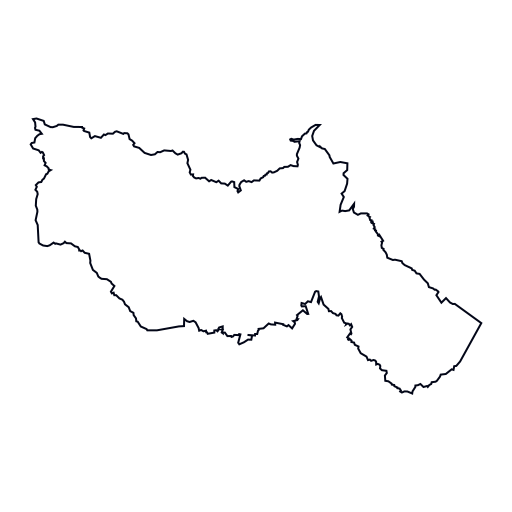 Huanusco, Zacatecas, Mexico
{"feature_id": "50627088B4993254330501", "entity_name": "Huanusco", "entity_type": "district", "adm_level": 2, "iso_a3": "MEX", "parent_name": "Mexico", "parent_adm1": "Zacatecas", "projection": "orthographic", "projection_center": [-102.931, 21.768], "detail": "fine", "context": "isolated", "style": "outline", "palette": "ink", "viewbox_px": 512, "rotation_deg": 0, "n_neighbors": 0, "source": "geoboundaries", "source_scale": "gbopen_adm2", "svg_char_len": 6034}
<svg xmlns="http://www.w3.org/2000/svg" viewBox="0 0 512 512"><path d="M319.7,125.0L315.6,124.9L311.1,127.5L308.8,129.7L308.0,131.7L307.1,132.1L306.5,133.4L304.9,133.6L302.0,136.3L301.0,139.1L297.7,138.9L293.7,139.6L291.3,138.8L290.2,139.4L290.7,140.6L293.5,141.0L294.4,141.8L299.6,141.2L299.2,143.0L300.1,145.1L299.6,147.7L296.9,154.1L296.9,155.7L298.4,158.6L297.1,162.0L297.9,164.9L297.5,166.3L293.5,166.1L290.6,165.1L287.9,166.8L284.3,166.9L283.0,168.1L279.7,168.4L277.2,170.8L273.8,172.4L272.1,172.6L270.6,171.3L268.8,171.5L268.2,172.8L266.9,173.4L266.7,174.5L265.4,174.7L265.0,175.7L263.7,176.0L263.2,177.2L260.7,178.4L259.4,180.6L253.9,180.4L251.6,182.1L248.7,181.1L246.2,181.8L244.1,180.3L241.2,182.0L239.5,184.7L239.3,186.1L240.8,190.4L238.2,192.4L237.5,191.1L238.2,189.0L234.4,187.1L234.2,182.1L232.0,181.4L231.1,181.7L227.8,185.6L224.8,183.6L221.2,183.4L218.6,180.7L216.3,182.2L211.2,180.0L209.1,181.3L205.1,177.7L201.6,177.8L200.4,178.7L198.6,178.0L196.1,178.4L194.2,177.5L192.9,176.0L193.1,174.4L190.9,174.6L189.7,172.4L190.4,169.7L187.4,163.2L188.1,159.8L187.7,158.5L186.5,154.4L184.9,153.6L184.0,151.8L182.9,151.7L181.4,153.3L177.7,154.6L175.4,153.3L172.5,150.5L171.0,151.0L164.2,150.4L160.2,152.2L157.5,152.0L154.9,154.3L151.0,155.0L144.6,152.9L139.2,147.9L134.1,146.4L133.2,144.9L134.5,143.2L132.1,140.6L129.6,139.1L128.5,134.4L127.4,133.3L124.2,133.1L123.3,133.9L116.7,131.3L115.0,131.8L112.9,133.7L107.9,133.5L105.4,135.1L103.9,134.5L100.9,137.8L94.9,136.1L91.3,138.3L90.1,137.0L89.3,132.6L84.1,131.0L83.5,130.4L84.2,128.5L82.2,127.7L82.1,127.0L73.6,126.9L63.1,124.7L58.3,124.7L56.7,126.0L52.8,127.2L50.6,127.1L44.8,124.4L43.7,120.9L36.5,118.5L33.0,119.1L35.1,122.4L35.5,126.6L35.0,127.9L35.5,129.8L39.4,130.7L41.8,133.8L39.5,134.2L37.3,135.8L35.2,138.2L34.4,142.5L31.7,143.0L30.7,144.4L33.1,148.5L38.7,150.3L40.6,152.8L41.9,151.9L42.8,152.4L44.1,155.1L43.1,156.3L43.1,158.3L43.9,158.3L43.9,161.0L45.6,162.9L44.6,165.3L46.8,166.4L48.6,168.3L48.7,169.5L50.7,170.1L48.7,171.3L47.3,173.8L46.1,174.2L44.0,178.5L42.4,179.8L41.3,182.0L38.5,182.4L35.8,185.1L36.8,186.8L35.4,189.8L37.2,191.7L37.7,194.1L36.2,199.1L35.8,205.7L37.3,209.6L37.4,211.8L35.6,220.2L37.7,225.0L38.6,242.3L39.4,243.5L43.1,245.5L47.3,246.1L49.7,245.3L53.6,242.6L55.2,243.8L55.9,243.4L60.5,244.6L63.6,243.2L64.9,241.7L66.4,243.1L71.0,243.4L74.9,246.3L77.8,247.0L79.1,249.2L79.2,250.5L80.4,250.5L81.1,251.2L82.6,250.5L84.7,252.8L89.1,253.8L90.4,260.6L90.2,263.0L92.9,269.9L96.8,272.9L98.3,276.5L99.5,277.5L101.5,278.8L106.9,279.2L110.9,281.8L111.6,283.5L114.4,286.0L110.9,291.7L111.9,293.4L113.6,292.7L114.3,295.2L116.2,295.2L119.4,298.4L122.4,299.7L124.0,301.7L125.0,304.3L128.7,307.2L130.2,311.1L133.4,312.8L133.7,315.2L136.0,318.4L136.3,321.3L137.7,321.7L140.8,326.5L146.6,329.1L147.3,330.3L157.1,330.3L178.9,326.4L184.0,326.1L184.2,318.9L187.0,321.2L189.6,322.0L193.4,320.8L195.6,322.3L198.6,328.0L199.2,330.7L201.1,330.0L203.5,331.3L206.0,330.7L206.2,332.3L207.1,332.4L207.7,333.8L214.3,332.6L214.3,330.5L216.2,330.2L217.5,331.3L218.9,329.4L218.3,329.0L219.1,327.5L222.7,326.4L222.7,329.1L221.7,329.5L222.8,329.7L221.7,332.5L222.7,333.2L222.6,332.5L224.9,332.6L227.4,336.1L231.1,336.0L231.5,336.9L232.9,336.5L234.3,334.9L238.4,335.1L239.1,334.1L240.4,334.4L238.2,342.7L239.3,344.3L243.9,342.3L248.0,339.6L251.3,339.7L252.1,335.5L247.5,334.9L255.0,335.5L255.1,334.0L257.2,334.0L258.0,330.7L258.7,330.0L258.6,328.9L263.5,328.3L268.7,323.5L270.9,324.4L275.2,324.7L275.1,322.6L283.2,324.2L283.1,324.8L286.9,326.4L288.5,325.1L292.1,328.4L295.0,323.8L294.7,322.3L293.2,321.1L297.3,320.1L297.9,319.2L296.5,319.2L297.6,315.9L297.0,315.1L302.9,310.3L307.2,314.0L308.2,313.9L305.7,306.2L301.8,306.4L301.3,305.4L301.6,303.0L305.1,304.0L307.9,301.3L311.0,302.1L315.1,291.7L316.2,291.1L318.3,291.5L319.0,296.4L317.7,301.8L318.7,303.3L320.1,298.3L321.0,297.0L323.6,304.6L328.4,308.9L328.9,311.2L331.1,311.1L332.9,313.1L335.5,313.9L336.5,315.3L338.4,315.6L340.3,313.3L341.4,314.2L342.1,316.7L341.8,318.0L344.2,322.7L346.6,323.5L346.2,324.4L347.6,323.5L348.8,323.8L350.0,325.4L351.1,324.2L352.2,326.9L350.4,329.4L351.4,333.6L351.0,334.2L350.0,333.5L347.2,337.4L348.5,338.4L348.1,339.5L348.8,339.9L349.5,338.8L351.5,340.6L351.4,342.0L354.1,342.6L354.8,344.8L358.5,346.5L358.2,348.6L360.7,353.2L366.5,356.6L368.0,360.1L369.8,359.6L371.1,360.8L373.6,360.0L375.3,360.6L376.1,361.7L376.2,364.5L377.7,363.9L379.6,364.7L380.3,366.0L380.0,368.4L381.9,370.2L386.4,370.8L386.8,373.0L384.9,375.5L385.3,380.8L388.4,381.3L391.6,383.6L391.8,384.6L394.2,385.0L394.4,386.2L397.4,387.5L397.4,388.2L399.6,388.6L400.9,390.6L400.2,391.5L401.9,392.5L404.5,391.4L407.4,391.5L412.2,393.5L412.5,391.4L415.3,387.0L415.4,385.5L417.9,385.2L420.4,384.0L423.5,387.0L427.1,386.0L427.8,386.9L429.3,385.0L431.2,384.0L431.7,382.2L435.6,381.7L436.9,380.8L440.0,376.6L440.7,374.6L445.8,374.0L451.7,369.3L453.5,369.9L454.2,366.2L456.3,365.9L460.1,361.5L481.3,323.1L454.8,303.9L452.8,304.0L450.0,302.5L446.0,298.1L441.4,302.7L436.4,295.2L438.5,292.0L438.0,291.3L435.7,289.6L434.6,289.7L433.0,288.4L428.9,287.1L427.8,283.3L424.0,279.6L419.6,273.9L416.5,273.4L414.7,270.7L412.2,269.9L411.7,268.4L404.7,265.1L402.4,263.1L401.7,261.2L395.0,259.7L392.9,260.0L387.3,257.7L386.8,254.7L385.6,252.3L383.4,249.9L383.6,248.9L381.8,247.9L381.4,245.2L382.1,242.6L381.5,241.7L383.1,240.8L379.6,235.3L379.3,236.2L377.9,235.5L377.9,234.2L375.8,231.5L376.0,230.7L375.0,230.3L375.2,229.3L373.8,228.6L374.7,227.1L373.5,225.0L374.0,223.9L372.3,223.2L372.9,222.7L372.6,221.5L371.2,221.7L371.5,220.3L370.2,220.1L369.4,217.5L369.9,217.0L367.6,215.5L368.5,214.3L367.0,213.4L360.9,213.4L357.9,214.8L353.9,212.5L352.8,209.0L354.0,206.8L354.1,203.7L349.2,210.4L345.2,211.1L342.0,210.6L339.6,211.8L340.6,204.8L343.8,197.0L341.6,193.6L344.6,191.1L347.1,183.7L347.5,178.8L343.5,175.0L343.6,173.2L347.2,170.1L347.4,163.3L340.3,162.0L333.4,163.5L329.7,157.0L329.4,155.3L324.8,149.0L322.0,148.4L320.1,146.6L320.0,147.1L316.5,145.3L313.0,140.4L312.2,136.0L314.0,130.8L319.7,125.0Z" fill="none" stroke="#020617" stroke-width="2"/></svg>